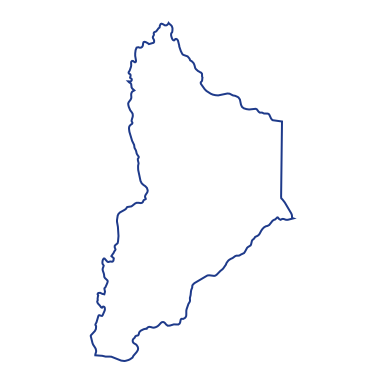 the border of Neuquén
{"feature_id": "ARG-1276", "entity_name": "Neuquén", "entity_type": "Province", "adm_level": 1, "iso_a3": "ARG", "parent_name": "Argentina", "parent_adm1": "", "projection": "equal_earth", "projection_center": [-70.544, -38.612], "detail": "fine", "context": "isolated", "style": "outline", "palette": "blue", "viewbox_px": 384, "rotation_deg": 0, "n_neighbors": 0, "source": "natural_earth", "source_scale": "10m", "svg_char_len": 5939}
<svg xmlns="http://www.w3.org/2000/svg" viewBox="0 0 384 384"><path d="M165.0,25.4L166.5,25.3L167.5,24.6L168.4,23.5L168.6,23.0L169.0,23.5L170.9,25.1L171.7,26.0L171.9,26.4L172.4,27.9L172.5,28.7L172.4,30.7L172.2,32.0L172.1,32.3L171.4,33.1L171.2,33.5L171.1,34.2L171.1,35.3L171.4,36.6L172.0,38.4L172.5,39.4L173.0,40.0L173.6,40.3L174.0,40.4L174.5,40.1L175.2,39.2L175.4,39.0L176.1,38.9L177.0,39.3L177.5,39.9L178.0,40.7L179.2,45.5L179.3,46.6L180.8,51.0L182.0,53.4L182.6,54.4L183.4,54.9L187.6,56.4L189.5,58.6L190.1,60.2L190.4,60.5L191.7,61.2L193.4,62.9L194.0,64.0L194.5,65.3L195.2,68.0L195.5,68.5L195.9,69.1L198.0,71.0L199.5,71.8L200.4,72.4L201.2,72.7L202.0,73.8L202.1,76.7L202.5,77.7L202.3,78.4L202.2,79.7L202.1,80.5L201.8,81.2L200.8,82.3L200.7,83.0L201.0,84.0L204.7,89.2L206.5,91.0L210.7,93.7L212.8,94.6L215.5,95.2L218.2,95.4L227.4,93.5L229.6,93.7L232.9,95.4L235.1,95.8L237.6,96.9L238.5,97.5L239.9,99.5L241.0,104.7L242.0,106.9L243.8,108.3L246.4,109.1L249.1,109.5L255.7,108.8L256.8,109.3L258.7,111.8L259.8,112.6L262.0,112.6L262.5,112.8L263.7,113.4L264.2,113.5L267.7,113.6L268.7,114.0L269.4,114.9L271.0,118.4L271.9,119.6L272.7,120.2L282.0,121.5L281.1,196.9L281.3,198.4L282.4,199.4L284.8,202.5L291.3,213.5L291.9,215.1L292.0,216.3L292.0,217.2L292.2,218.0L293.3,218.4L287.8,219.8L286.0,219.8L283.7,219.0L282.7,218.9L281.9,219.1L281.2,219.5L280.5,219.8L279.0,218.9L277.9,217.5L277.3,217.4L275.1,219.5L274.3,219.7L272.6,220.7L269.2,225.0L267.5,225.9L265.8,226.3L264.1,227.3L262.6,228.8L261.3,230.6L259.7,233.6L259.1,234.5L258.3,235.3L257.4,235.9L255.2,236.9L254.0,238.7L252.5,239.9L251.9,240.9L251.1,244.3L250.6,245.4L247.9,247.1L247.3,247.6L247.0,248.0L245.0,251.7L244.0,253.1L241.0,254.5L239.4,255.5L237.9,255.7L236.4,255.7L235.8,255.9L235.1,256.2L232.5,258.1L231.1,258.7L229.4,259.7L228.4,260.5L227.5,261.6L226.3,263.4L226.2,263.7L226.0,264.5L223.2,268.5L222.3,269.4L220.3,271.0L216.7,274.7L215.4,275.6L214.2,275.9L209.5,275.3L207.8,275.4L207.0,275.7L194.5,283.1L193.4,284.1L192.5,285.2L192.3,285.8L192.2,287.5L192.0,288.1L191.3,289.8L191.0,291.2L190.6,295.1L189.9,298.0L190.0,300.2L190.0,300.9L189.6,302.0L188.4,304.0L186.6,309.2L186.3,310.7L186.3,314.1L186.2,315.9L185.6,317.2L185.1,317.8L184.5,318.2L183.2,318.9L181.7,318.8L181.3,318.9L180.7,319.7L180.1,322.6L179.5,323.7L178.3,324.5L173.8,324.4L169.8,325.6L167.7,325.7L166.0,324.4L165.2,323.3L164.2,322.4L163.1,322.0L161.9,322.2L161.0,322.8L158.9,325.1L157.5,326.3L155.7,327.2L153.8,327.7L152.2,327.5L151.4,327.2L149.8,326.9L149.0,326.9L148.1,327.2L146.8,328.3L146.1,328.6L146.2,328.8L144.9,328.9L143.5,329.3L140.9,330.6L139.9,331.5L139.4,332.1L139.1,332.8L138.6,334.7L138.0,335.4L136.2,335.8L135.4,336.3L134.6,337.8L133.4,338.9L133.1,339.3L132.8,339.9L132.7,340.5L132.8,341.8L133.4,342.8L134.3,343.5L135.4,344.1L136.3,344.7L137.1,345.8L137.8,347.0L138.1,348.4L137.9,349.9L137.3,351.0L136.6,352.1L133.4,355.8L132.7,357.2L132.5,357.6L131.9,358.0L130.0,359.3L128.5,360.0L125.7,360.8L124.4,361.0L121.2,360.6L111.3,356.7L109.5,356.6L105.6,356.6L102.2,355.8L95.3,355.3L95.3,354.5L96.1,351.8L96.1,350.5L95.7,348.8L95.1,347.7L93.1,344.6L92.5,343.1L90.7,335.9L91.0,335.2L94.9,331.0L95.9,329.0L96.1,326.5L96.0,325.9L95.5,325.2L95.4,324.5L95.6,324.0L96.5,322.3L98.3,316.2L98.7,315.4L99.3,315.2L101.5,315.9L102.1,315.9L102.6,315.3L104.7,310.5L104.9,309.4L104.8,308.0L104.6,307.4L104.3,307.0L103.6,306.6L103.3,306.6L102.6,306.8L102.4,307.1L102.3,307.4L102.0,307.7L101.4,307.5L101.0,307.2L99.9,305.6L98.3,303.9L97.6,302.9L97.2,301.7L97.3,301.2L97.8,300.0L97.6,299.3L97.6,298.7L97.9,296.6L98.2,295.4L97.6,294.3L97.7,293.8L98.3,293.0L100.1,292.8L102.4,293.9L104.3,294.3L105.0,291.7L104.4,288.8L104.5,288.2L105.4,287.3L107.3,283.0L107.7,281.5L107.5,280.5L106.8,279.8L105.0,278.1L104.5,277.4L104.2,276.4L104.1,274.9L103.8,273.5L102.8,270.6L102.6,269.2L102.9,268.0L103.4,266.7L103.7,265.6L102.5,263.7L102.4,262.2L102.6,260.7L103.0,259.5L103.8,258.5L104.5,258.5L106.8,261.1L107.5,261.8L108.4,262.0L109.7,261.6L110.8,261.5L111.7,261.7L112.6,261.6L113.4,260.7L113.8,258.3L111.4,256.1L112.8,254.0L113.5,253.1L114.4,251.2L115.1,250.4L115.5,249.4L114.7,247.3L114.7,246.0L115.5,244.9L116.6,244.1L117.6,243.2L118.0,241.6L118.5,236.0L117.9,226.8L117.0,221.8L117.0,220.0L117.7,215.6L118.5,213.9L120.0,212.4L124.7,209.8L126.1,208.7L127.0,207.2L127.4,207.0L131.3,206.4L132.1,205.9L135.1,203.5L136.6,202.8L138.6,202.8L140.8,203.1L142.0,202.8L142.8,202.1L143.5,200.5L143.8,200.1L145.7,199.1L145.7,198.4L145.2,197.5L145.0,196.9L145.2,195.8L145.7,194.7L147.0,192.8L147.5,191.8L147.7,190.4L146.9,187.9L145.3,186.2L143.4,184.9L141.7,183.3L140.5,180.9L138.2,170.0L138.1,167.9L138.1,165.8L138.6,163.3L137.9,160.3L137.8,159.0L138.5,157.9L138.7,157.5L138.7,156.7L138.5,156.4L137.1,154.4L136.6,153.3L136.3,151.8L135.9,150.4L134.5,147.8L134.1,144.9L132.1,140.8L129.4,131.8L129.0,128.7L129.1,127.2L129.4,126.3L130.0,125.5L130.8,124.7L132.1,123.8L132.3,123.4L132.4,122.6L131.7,121.4L131.6,120.6L131.9,119.3L132.7,116.7L132.8,115.3L132.6,113.7L131.9,112.5L130.2,110.2L128.8,106.9L128.3,104.9L128.2,103.4L128.7,102.2L130.7,99.5L131.3,98.0L131.3,96.7L131.2,95.3L131.2,93.9L131.7,92.4L132.4,91.5L134.3,90.4L132.3,88.6L131.6,87.5L131.2,84.2L130.8,83.4L129.1,82.3L128.1,81.3L128.4,81.3L129.5,81.5L130.5,81.5L131.4,80.8L131.8,79.9L131.6,78.9L130.1,77.8L130.1,77.3L130.5,76.3L130.6,75.1L130.3,74.4L129.8,74.0L128.9,73.5L128.6,72.8L128.7,72.1L129.7,70.5L131.0,66.7L131.2,65.4L131.1,62.8L131.3,61.7L132.1,60.9L133.1,61.0L134.1,61.8L135.0,62.3L135.9,61.7L136.0,60.6L135.2,55.9L135.2,53.3L135.6,50.1L136.6,47.6L138.3,47.2L139.4,47.6L140.3,47.7L141.3,47.5L142.2,46.8L142.8,45.7L143.2,43.1L143.6,42.1L144.6,41.8L145.7,42.1L147.8,43.2L148.9,44.1L153.5,42.8L154.1,42.0L154.1,40.4L153.8,39.6L153.0,38.1L152.8,37.2L153.0,36.6L153.9,34.9L153.9,34.3L153.7,33.2L154.0,32.5L154.4,32.1L155.8,31.6L156.5,31.0L158.5,28.3L159.5,27.6L159.7,27.1L159.8,25.8L160.4,24.5L160.7,24.0L161.4,23.7L162.6,24.0L165.0,25.4Z" fill="none" stroke="#1e3a8a" stroke-width="2"/></svg>